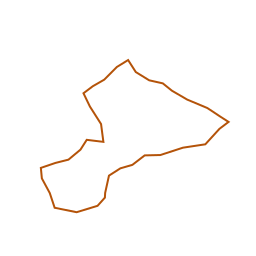 the district of Guéni, Logone Occidental, Chad, rotated 162°
{"feature_id": "50815135B88319439398100", "entity_name": "Guéni", "entity_type": "district", "adm_level": 2, "iso_a3": "TCD", "parent_name": "Chad", "parent_adm1": "Logone Occidental", "projection": "mercator", "projection_center": [15.87, 8.955], "detail": "fine", "context": "isolated", "style": "outline", "palette": "amber", "viewbox_px": 256, "rotation_deg": 162, "n_neighbors": 0, "source": "geoboundaries", "source_scale": "gbopen_adm2", "svg_char_len": 597}
<svg xmlns="http://www.w3.org/2000/svg" viewBox="0 0 256 256"><g transform="rotate(162 128 128)"><path d="M223.2,117.0L225.5,106.7L222.5,90.3L222.4,74.8L202.9,63.8L181.0,63.4L171.9,68.7L171.5,68.9L169.8,73.3L160.8,88.6L147.7,92.0L135.2,91.6L120.6,96.8L105.6,92.3L81.8,92.3L59.5,88.6L41.2,99.0L30.5,102.7L37.1,110.8L46.4,122.5L62.9,136.7L74.7,149.9L81.1,159.7L93.1,166.8L103.3,178.8L106.9,192.6L119.7,189.5L135.7,181.3L148.6,178.6L159.6,174.8L157.6,160.2L152.4,140.1L155.7,122.4L170.9,129.5L179.9,122.1L194.4,116.3L207.8,117.2L223.2,117.0Z" fill="none" stroke="#b45309" stroke-width="2"/></g></svg>